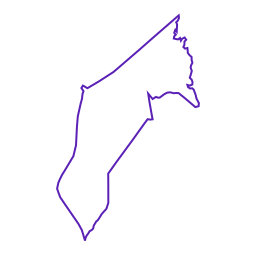 outline of Lago do Junco, Maranhão, Brazil
{"feature_id": "56859067B31771751131713", "entity_name": "Lago do Junco", "entity_type": "district", "adm_level": 2, "iso_a3": "BRA", "parent_name": "Brazil", "parent_adm1": "Maranhão", "projection": "equal_earth", "projection_center": [-44.941, -4.533], "detail": "fine", "context": "isolated", "style": "outline", "palette": "violet", "viewbox_px": 256, "rotation_deg": 0, "n_neighbors": 0, "source": "geoboundaries", "source_scale": "gbopen_adm2", "svg_char_len": 1481}
<svg xmlns="http://www.w3.org/2000/svg" viewBox="0 0 256 256"><path d="M81.4,88.0L83.5,91.1L82.5,94.1L82.0,98.8L80.7,103.4L77.8,116.4L77.0,126.0L76.8,129.4L76.0,145.3L73.4,156.1L64.6,170.8L62.3,174.4L61.4,176.2L60.0,179.0L58.4,182.6L57.1,188.6L58.4,192.5L60.2,197.2L64.9,204.2L78.4,223.8L81.9,230.2L85.0,240.6L85.6,237.8L86.7,235.5L88.3,233.4L89.6,231.2L91.6,230.1L93.2,228.5L93.7,225.7L95.1,223.4L96.2,221.5L97.7,220.3L98.8,218.7L100.1,216.7L101.5,214.3L103.4,212.1L106.4,208.8L108.3,203.0L108.3,189.7L108.3,186.1L108.2,173.6L116.3,162.2L129.5,144.2L132.1,140.7L144.4,123.5L147.6,119.2L150.2,119.6L152.6,119.3L151.9,115.7L149.5,102.2L148.2,93.6L152.6,99.0L156.0,96.9L158.0,97.7L159.7,97.6L164.1,94.3L167.1,92.7L169.9,92.3L171.8,92.7L173.6,93.2L176.1,93.0L178.6,93.1L183.7,97.2L193.4,105.4L195.3,107.1L198.6,106.2L198.9,103.2L196.5,98.6L195.6,94.8L193.7,89.6L192.2,88.3L190.0,88.5L188.0,87.0L187.4,84.9L189.9,85.6L192.3,84.5L192.5,81.9L191.6,79.6L189.8,77.8L190.7,74.9L191.8,71.0L190.6,67.5L191.1,65.3L192.4,62.8L191.6,59.8L191.6,57.0L189.3,54.9L187.8,52.9L187.7,50.7L187.4,48.0L185.0,48.6L183.4,47.0L184.4,44.7L184.5,41.5L186.2,39.7L184.6,37.5L182.2,38.7L180.9,40.7L180.0,38.0L178.1,39.4L176.3,39.1L173.8,38.5L174.3,36.1L175.8,34.7L174.2,32.8L175.3,29.9L176.7,31.7L176.9,28.1L177.1,24.6L176.2,22.2L177.6,20.9L179.0,18.1L178.7,15.4L153.6,37.2L138.7,50.3L115.7,70.1L113.6,71.9L98.9,81.4L87.4,88.2L85.1,86.8L82.9,85.6L81.4,88.0Z" fill="none" stroke="#5b21b6" stroke-width="2"/></svg>